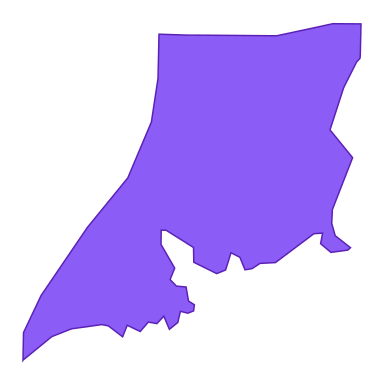 the district of Rakwon, Hamgyŏng-namdo, North Korea
{"feature_id": "82179303B33699377246047", "entity_name": "Rakwon", "entity_type": "district", "adm_level": 2, "iso_a3": "PRK", "parent_name": "North Korea", "parent_adm1": "Hamgyŏng-namdo", "projection": "mercator", "projection_center": [127.798, 39.909], "detail": "fine", "context": "isolated", "style": "filled", "palette": "violet", "viewbox_px": 384, "rotation_deg": 0, "n_neighbors": 0, "source": "geoboundaries", "source_scale": "gbopen_adm2", "svg_char_len": 915}
<svg xmlns="http://www.w3.org/2000/svg" viewBox="0 0 384 384"><path d="M23.0,360.3L23.3,359.9L51.8,336.6L71.6,328.8L101.8,324.6L108.4,325.9L122.6,336.8L127.2,325.3L140.2,331.5L148.3,322.1L156.9,323.6L163.8,316.2L169.4,329.3L177.8,322.5L180.4,311.3L187.9,313.2L193.6,310.9L194.4,304.8L188.5,301.0L186.1,287.0L176.4,286.1L170.1,279.6L170.5,278.5L174.7,268.1L161.0,244.4L161.2,230.1L166.2,230.3L193.5,247.5L193.8,262.3L216.7,273.6L225.6,270.0L231.0,252.8L239.9,257.3L245.0,269.8L252.1,268.6L260.0,263.4L275.4,262.6L313.9,233.7L322.6,233.1L320.6,243.7L330.9,252.4L347.8,250.1L350.5,247.7L335.2,235.7L331.7,223.3L332.4,209.5L352.6,157.7L330.0,129.9L343.7,87.6L356.6,62.0L360.0,58.3L360.3,55.1L361.0,23.9L332.9,23.7L276.6,35.8L231.8,35.4L203.8,35.2L186.9,35.1L159.0,34.2L158.7,47.4L158.0,78.5L151.4,122.0L127.8,177.9L87.4,227.4L41.1,295.5L23.5,332.6L23.0,360.3Z" fill="#8b5cf6" stroke="#5b21b6" stroke-width="1.5"/></svg>